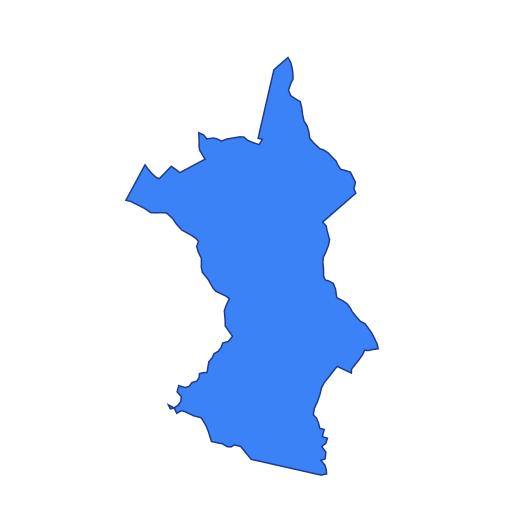 Santa Tereza do Oeste, Paraná, Brazil, rotated 12°
{"feature_id": "56859067B16251398457668", "entity_name": "Santa Tereza do Oeste", "entity_type": "district", "adm_level": 2, "iso_a3": "BRA", "parent_name": "Brazil", "parent_adm1": "Paraná", "projection": "albers", "projection_center": [-53.611, -25.02], "detail": "fine", "context": "isolated", "style": "filled", "palette": "blue", "viewbox_px": 512, "rotation_deg": 12, "n_neighbors": 0, "source": "geoboundaries", "source_scale": "gbopen_adm2", "svg_char_len": 2427}
<svg xmlns="http://www.w3.org/2000/svg" viewBox="0 0 512 512"><g transform="rotate(12 256 256)"><path d="M246.0,55.2L234.8,70.1L233.9,120.3L233.6,140.5L238.0,140.5L235.9,146.4L228.8,145.6L223.4,144.5L219.6,142.2L215.4,142.8L203.0,147.7L198.3,150.8L193.8,149.6L190.2,149.4L183.5,151.6L179.5,148.4L174.4,147.3L176.6,155.8L177.4,160.2L178.9,164.1L182.6,168.3L186.1,171.8L164.2,190.3L160.0,188.2L154.5,185.9L145.3,200.5L141.8,199.8L136.7,196.8L132.5,193.6L128.5,189.9L117.2,228.5L122.2,228.7L131.2,231.0L137.3,232.7L144.0,235.5L149.4,234.5L154.2,233.3L159.5,232.5L166.7,236.7L171.7,241.5L178.2,246.1L188.3,249.1L193.7,251.4L196.7,253.6L196.0,259.0L198.7,264.1L203.0,269.6L204.0,273.9L204.7,278.0L206.9,283.1L214.3,289.1L220.8,296.5L224.1,298.9L234.7,301.4L238.8,303.3L237.0,311.1L236.4,316.2L239.2,325.4L240.5,330.9L244.0,334.1L249.7,339.5L246.6,345.5L241.6,347.9L240.9,352.9L238.7,357.2L235.3,360.2L234.2,365.0L231.9,369.1L232.1,375.6L232.3,380.2L228.5,381.1L225.2,382.8L225.6,387.0L223.9,391.0L219.7,393.0L217.6,397.6L213.8,399.4L207.4,398.8L207.1,405.3L212.2,409.1L212.7,414.0L210.6,418.4L207.5,421.6L211.2,426.4L215.1,422.9L218.9,423.0L222.4,423.9L228.5,425.3L236.1,425.6L242.6,432.6L245.9,437.6L251.0,446.7L258.5,446.8L262.0,446.6L267.5,448.5L271.3,447.9L274.3,445.2L280.5,445.5L293.6,455.9L365.1,456.8L370.4,454.5L369.1,450.4L366.9,446.2L361.9,442.4L365.8,440.1L365.1,433.3L360.0,428.7L363.2,424.7L363.8,419.4L358.4,418.9L358.8,411.5L354.1,411.2L351.8,406.2L348.7,401.9L345.1,399.4L344.7,392.9L346.5,385.3L347.4,377.0L347.4,371.8L349.1,365.5L352.6,358.7L355.2,353.3L358.4,347.1L373.6,350.7L373.0,346.6L378.3,336.2L380.9,329.9L381.8,325.6L385.6,325.1L389.6,323.2L394.8,321.3L392.7,316.8L387.9,310.5L384.7,306.7L376.7,299.5L371.6,298.2L366.9,294.7L361.8,290.6L358.9,287.1L354.9,283.7L350.3,281.8L343.6,279.9L340.8,272.1L337.4,266.8L332.5,265.3L328.7,265.1L326.3,261.5L324.6,254.1L322.8,248.6L322.1,243.4L323.6,237.1L324.7,229.9L324.6,224.8L320.2,216.4L318.4,212.0L314.1,209.0L340.6,173.8L337.8,170.0L338.0,163.3L330.9,154.3L325.6,153.8L320.8,153.6L317.1,150.0L314.6,146.5L310.6,143.9L305.1,140.1L300.1,138.2L296.1,137.8L288.8,133.3L284.2,129.8L281.9,123.7L278.9,118.0L274.9,114.0L272.2,108.1L270.1,101.9L267.2,95.8L263.0,94.5L256.7,92.0L253.3,87.1L254.1,80.4L255.4,75.0L253.8,68.7L252.0,64.1L249.8,59.6L246.0,55.2ZM207.5,421.6L201.2,419.8L204.0,423.4L207.5,421.6Z" fill="#3b82f6" stroke="#1e3a8a" stroke-width="1.5"/></g></svg>